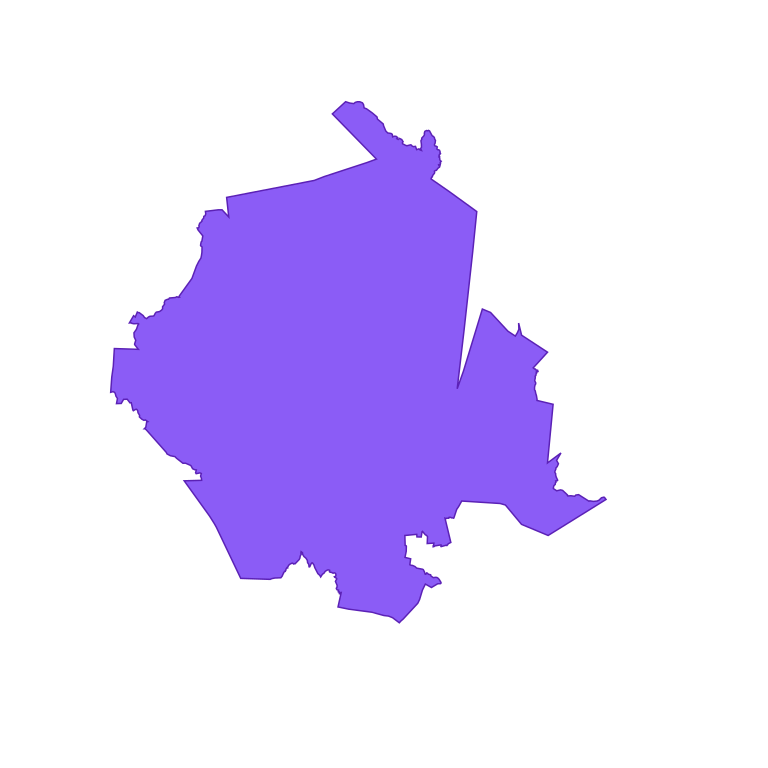 Matamoros, Chihuahua, Mexico (orthographic projection), rotated 211°
{"feature_id": "50627088B2899062177537", "entity_name": "Matamoros", "entity_type": "district", "adm_level": 2, "iso_a3": "MEX", "parent_name": "Mexico", "parent_adm1": "Chihuahua", "projection": "orthographic", "projection_center": [-105.531, 26.712], "detail": "fine", "context": "isolated", "style": "filled", "palette": "violet", "viewbox_px": 768, "rotation_deg": 211, "n_neighbors": 0, "source": "geoboundaries", "source_scale": "gbopen_adm2", "svg_char_len": 6159}
<svg xmlns="http://www.w3.org/2000/svg" viewBox="0 0 768 768"><g transform="rotate(211 384 384)"><path d="M246.5,192.4L242.1,213.5L242.5,217.6L244.9,227.1L245.5,233.8L238.5,234.0L235.1,240.4L232.7,242.0L232.6,242.8L233.0,243.3L236.0,244.9L237.7,245.4L239.1,245.4L240.5,244.7L241.7,243.6L242.5,243.4L245.0,243.7L245.8,244.5L248.0,243.8L249.3,244.2L250.1,244.1L250.2,242.4L250.8,242.2L252.7,243.9L254.7,245.1L255.5,245.1L261.2,243.0L263.4,243.5L266.1,243.2L267.3,242.6L268.8,242.4L271.1,247.9L276.7,246.2L278.8,252.1L281.3,256.5L281.9,256.8L282.7,256.5L288.1,264.9L278.5,272.0L277.0,269.9L273.3,272.0L275.3,277.0L275.1,277.5L270.8,276.0L269.7,276.2L268.1,275.6L264.8,269.5L259.3,273.3L258.7,272.0L258.5,270.5L258.0,269.8L257.2,270.7L257.2,271.2L252.5,275.3L252.1,275.4L251.5,274.0L251.3,274.0L247.6,277.9L246.9,277.9L246.6,279.2L246.7,280.1L245.1,282.6L262.6,300.4L261.4,300.7L261.0,301.4L259.6,302.1L259.3,302.7L259.6,303.1L259.4,303.4L258.5,303.7L258.1,304.1L257.2,304.0L256.1,304.7L255.4,304.7L255.1,305.1L257.1,314.0L256.9,317.6L257.1,323.7L222.9,341.4L217.6,342.8L193.8,334.5L165.3,338.7L134.2,399.4L136.5,400.3L137.2,400.3L139.0,398.5L139.9,395.1L141.1,393.4L144.1,391.2L147.5,389.8L147.9,389.1L160.2,389.4L162.4,387.6L162.7,386.0L166.2,384.5L168.8,382.7L169.3,382.8L169.6,383.4L176.1,384.8L178.1,384.2L181.0,381.4L184.9,381.6L185.2,381.9L185.9,383.9L186.0,384.6L185.5,386.0L186.2,387.7L186.0,388.5L186.9,389.3L185.6,390.5L185.6,391.0L188.4,392.9L190.0,394.4L190.6,395.5L192.1,396.3L192.5,397.1L192.9,399.7L193.4,400.5L193.0,402.4L193.4,405.5L196.7,407.4L196.8,416.0L203.2,400.5L228.6,453.7L244.4,448.7L244.9,449.7L247.4,452.6L249.1,454.1L250.8,456.0L252.0,456.6L253.3,458.8L254.0,460.8L254.0,462.1L254.5,463.1L256.5,464.4L257.5,467.2L258.5,468.6L258.2,469.4L258.9,471.2L258.8,472.0L259.7,472.6L259.2,474.0L258.7,473.6L258.4,474.0L259.4,474.9L260.9,474.3L261.9,474.8L262.7,474.4L264.4,474.7L260.2,495.5L291.2,496.7L300.0,505.6L296.6,500.4L296.1,496.9L296.1,492.7L305.0,493.1L329.5,500.2L338.3,498.9L322.5,435.8L318.8,417.6L343.2,471.6L376.0,542.9L393.3,579.6L426.8,582.5L449.3,584.0L449.7,585.8L449.2,586.4L449.7,587.7L449.3,590.6L449.6,591.5L450.4,592.4L449.8,593.6L449.1,594.1L448.9,596.6L448.1,598.5L448.5,599.5L449.3,599.5L449.2,600.0L450.0,600.2L449.4,601.0L448.7,600.7L449.3,602.5L449.9,602.8L449.7,604.4L450.7,604.4L452.1,605.4L452.6,606.5L453.9,606.9L453.6,607.8L454.5,608.2L454.7,608.8L454.2,610.5L455.1,610.8L455.2,611.6L455.5,611.9L456.7,612.9L457.7,612.9L458.7,612.5L459.7,612.7L460.5,614.7L461.8,614.7L462.7,614.3L463.7,614.7L464.2,615.6L464.2,616.7L465.4,619.4L466.4,619.8L467.8,621.2L469.2,621.7L470.1,621.5L471.1,621.9L475.3,624.4L476.5,624.3L477.0,623.5L478.1,623.2L479.1,621.6L478.6,619.7L478.0,619.1L477.6,617.6L478.3,614.2L477.6,613.1L477.7,611.8L477.3,611.1L475.5,608.9L473.8,606.2L473.9,604.6L472.2,603.5L473.5,603.2L475.2,603.5L476.7,601.7L479.4,603.9L481.1,602.6L482.4,602.4L483.6,602.9L484.4,602.7L487.1,600.0L488.4,599.7L491.8,599.5L492.5,600.3L492.4,601.5L494.7,602.7L497.2,602.5L497.8,600.9L499.4,600.9L499.2,602.3L501.3,602.5L502.8,601.7L503.9,600.3L505.5,602.3L505.9,602.3L507.0,602.4L510.1,601.1L512.8,601.8L517.3,605.1L518.6,606.5L526.1,607.7L527.5,609.3L533.5,610.3L540.8,610.9L543.2,610.4L545.5,613.0L547.3,613.9L550.0,613.5L552.1,612.3L553.7,610.6L554.3,608.8L558.0,607.2L562.3,606.2L567.4,588.9L506.3,572.9L512.6,565.1L542.0,531.1L548.6,522.6L615.0,462.9L603.1,447.2L612.5,449.9L615.7,448.0L626.0,440.0L624.4,438.0L624.0,436.1L624.8,434.9L624.0,433.2L624.4,431.4L624.3,430.2L623.9,429.7L624.8,426.8L624.2,424.3L623.5,423.7L623.4,422.8L623.4,422.4L624.5,421.5L622.6,420.2L615.6,417.6L613.7,412.7L613.9,411.6L612.7,408.4L612.2,408.0L610.9,407.9L610.4,407.5L607.9,403.1L606.6,400.0L605.8,397.7L605.9,393.7L605.5,388.5L603.0,375.6L604.8,354.1L604.7,353.2L604.1,353.1L604.8,352.4L606.5,352.1L607.4,350.7L612.2,347.2L612.3,345.7L613.2,345.1L614.7,343.0L614.3,340.6L613.2,339.4L613.6,336.2L612.5,334.4L612.7,332.8L613.7,330.5L616.2,328.3L616.5,326.8L616.3,324.0L617.0,323.2L619.5,321.5L620.4,320.1L621.1,317.8L623.4,317.6L625.7,318.6L630.6,319.1L631.8,318.5L632.5,318.6L631.7,313.3L633.8,313.6L633.7,305.2L632.1,306.2L631.4,306.1L629.4,306.8L625.9,309.2L625.2,309.1L625.3,307.8L624.4,303.4L624.7,299.1L622.3,295.6L619.3,293.6L618.4,289.9L618.0,289.3L612.4,287.2L633.4,275.5L625.2,259.8L620.9,249.7L614.0,236.1L612.4,237.8L610.7,238.1L609.4,237.4L607.5,235.5L605.0,234.3L603.2,229.4L599.2,232.0L599.3,236.7L596.3,238.7L592.0,237.0L591.0,237.8L585.8,232.3L585.1,232.0L584.0,234.1L583.1,234.9L582.6,234.8L581.3,234.2L580.1,232.7L577.4,231.3L576.7,229.8L573.6,229.1L571.1,229.2L570.0,230.3L567.1,230.1L567.9,229.3L565.9,224.2L566.4,222.2L565.9,222.5L564.6,222.4L535.3,213.2L534.0,212.3L530.2,212.5L525.7,214.1L523.6,213.5L515.6,212.5L513.3,213.9L507.9,214.6L507.3,214.5L504.4,212.8L502.2,213.0L500.6,213.7L499.8,210.9L498.8,210.4L496.0,213.0L494.5,213.2L493.8,210.6L491.9,209.1L490.7,207.5L505.4,198.1L465.4,180.9L457.3,176.8L453.8,174.8L406.7,143.6L381.0,157.9L379.9,159.4L377.6,161.5L372.6,164.8L372.3,167.2L372.7,168.8L372.5,169.6L372.9,170.5L372.8,171.3L372.1,172.6L372.5,173.1L372.2,173.7L372.5,174.1L372.7,175.8L371.9,176.7L372.5,177.0L372.2,177.7L372.4,179.4L371.7,181.4L370.5,183.1L369.9,183.4L368.9,183.1L368.5,183.8L368.0,183.8L367.6,184.1L366.3,189.8L366.4,191.3L367.2,193.4L367.3,195.4L368.2,196.3L368.7,197.6L367.0,197.4L366.0,196.1L363.8,194.9L361.3,194.5L359.6,193.7L358.8,193.2L357.4,191.4L356.4,191.1L355.3,190.3L354.1,188.7L353.6,188.9L353.5,189.2L353.9,192.6L353.6,193.7L353.1,193.8L350.9,192.8L348.7,190.9L343.0,187.4L340.4,186.9L338.9,186.0L338.8,189.2L338.0,190.9L337.9,193.2L336.7,195.4L335.8,196.1L334.6,196.3L334.1,195.0L333.3,194.9L331.8,195.5L330.2,195.6L329.3,196.6L328.2,196.7L327.4,196.3L326.5,194.9L326.5,194.0L327.3,193.3L326.9,193.0L324.8,193.0L324.1,192.6L324.0,189.8L320.5,187.3L319.6,185.5L319.7,184.4L319.4,184.0L318.1,183.4L316.8,183.9L316.2,182.3L315.7,182.3L315.2,182.7L314.3,181.3L313.8,181.4L313.6,183.1L313.3,183.3L308.6,169.2L298.3,172.8L276.9,182.1L264.8,185.5L260.6,187.4L256.3,188.1L247.9,187.2L247.4,189.7L246.5,192.4Z" fill="#8b5cf6" stroke="#5b21b6" stroke-width="1.5"/></g></svg>